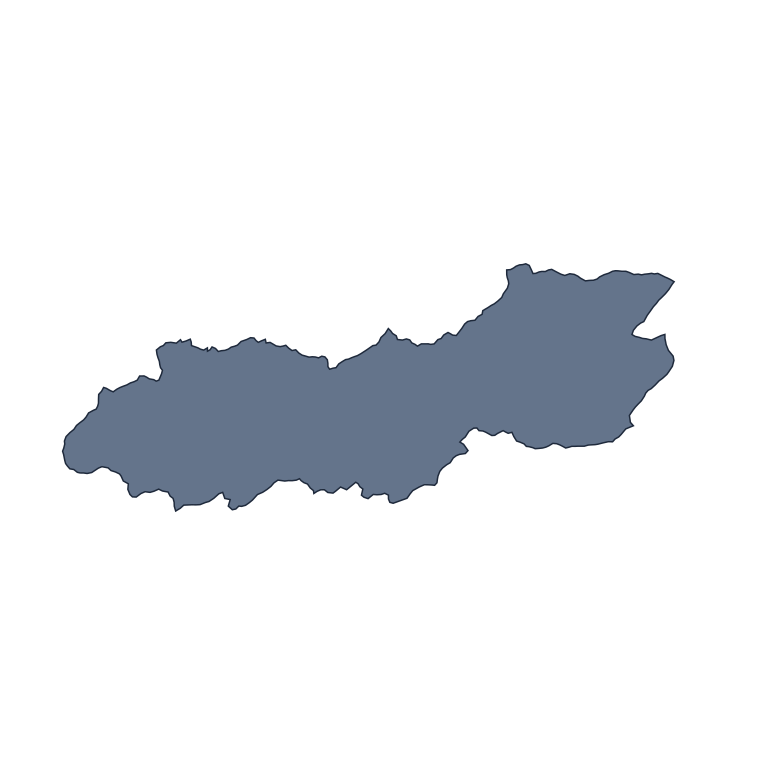 outline of Agudos, São Paulo, Brazil, rotated 36°
{"feature_id": "56859067B30413823559578", "entity_name": "Agudos", "entity_type": "district", "adm_level": 2, "iso_a3": "BRA", "parent_name": "Brazil", "parent_adm1": "São Paulo", "projection": "equal_earth", "projection_center": [-49.116, -22.562], "detail": "fine", "context": "isolated", "style": "filled", "palette": "slate", "viewbox_px": 768, "rotation_deg": 36, "n_neighbors": 0, "source": "geoboundaries", "source_scale": "gbopen_adm2", "svg_char_len": 5306}
<svg xmlns="http://www.w3.org/2000/svg" viewBox="0 0 768 768"><g transform="rotate(36 384 384)"><path d="M327.5,567.9L329.8,574.3L335.2,574.9L337.6,572.2L338.3,568.1L340.7,566.7L343.3,563.5L344.8,559.1L345.8,555.2L346.6,547.8L349.5,542.9L351.3,538.2L352.7,533.3L353.1,528.6L354.7,524.1L360.8,520.8L363.5,518.3L366.5,516.2L369.6,513.3L371.3,510.3L373.7,510.9L377.2,510.9L380.9,509.9L385.6,511.5L389.6,511.7L391.6,513.8L393.0,510.1L395.0,506.8L397.9,504.6L402.3,504.8L406.9,502.2L407.9,499.0L409.4,492.9L415.9,491.5L417.4,485.8L418.9,480.1L421.6,479.9L424.9,481.3L428.6,481.4L431.1,487.2L434.3,487.4L438.5,486.1L440.2,479.7L443.3,477.8L446.6,475.1L448.8,472.0L452.9,471.3L455.2,474.4L458.3,476.3L461.5,475.1L469.8,462.9L469.7,457.5L469.9,453.4L473.0,446.7L475.8,441.8L478.5,439.9L482.2,437.5L484.5,436.2L484.9,432.8L483.1,429.5L481.8,426.8L480.5,421.9L480.7,417.7L482.2,412.4L483.8,408.8L483.5,403.1L484.6,399.5L486.5,396.5L490.7,392.4L491.1,388.5L487.6,387.3L483.8,386.0L479.5,386.4L479.9,382.8L480.9,379.1L480.5,372.3L482.5,367.0L485.0,365.0L488.3,365.9L491.6,363.9L494.5,363.2L501.5,362.3L503.8,360.4L504.9,357.3L507.8,351.7L510.5,351.4L513.4,350.9L515.9,347.9L519.9,350.2L524.8,352.2L528.2,351.1L532.5,350.1L535.8,350.8L538.1,349.5L541.9,348.0L544.3,347.5L546.9,345.3L550.0,342.5L552.1,339.9L553.7,337.1L555.5,332.8L558.8,330.8L562.1,329.9L565.3,329.4L568.6,329.0L570.8,326.4L572.6,324.0L575.0,322.3L577.1,320.6L582.6,316.6L585.1,313.4L587.2,311.6L590.4,309.0L592.4,307.0L595.8,302.9L599.4,298.8L602.9,296.4L603.3,292.6L605.0,288.9L605.5,285.5L606.0,278.2L608.2,274.6L610.3,271.2L605.9,270.2L601.0,265.2L600.8,258.6L600.9,254.9L601.4,250.9L602.1,246.4L601.8,240.8L601.1,237.6L601.4,233.9L602.9,230.7L604.0,225.3L604.7,219.8L606.0,215.7L607.2,210.0L607.2,206.8L606.9,200.2L604.7,194.5L601.5,191.5L594.3,189.6L589.1,186.3L587.1,184.4L584.6,182.1L582.1,178.8L579.7,182.0L574.5,191.3L569.6,193.3L566.3,195.2L563.4,196.1L559.1,197.9L555.5,198.2L554.2,193.9L554.5,188.3L555.8,183.9L557.5,180.8L557.1,177.6L556.6,173.8L556.6,168.0L556.5,163.2L557.0,158.7L557.0,154.8L557.7,151.1L558.6,145.5L558.9,140.0L558.5,134.1L558.6,130.7L554.3,131.1L550.9,131.7L548.4,132.3L544.7,132.9L540.5,133.6L538.0,136.1L535.4,137.2L533.1,139.5L530.3,142.0L528.2,144.3L525.2,145.6L521.8,148.6L516.9,149.6L513.5,150.6L510.0,153.1L507.0,154.8L504.7,156.3L502.6,158.5L500.6,162.4L497.8,166.2L495.5,170.6L494.7,173.8L492.5,176.9L489.1,179.6L486.3,182.2L483.1,182.6L480.6,182.9L477.5,182.8L473.5,183.5L469.5,185.6L466.5,189.9L462.5,191.2L457.4,192.0L452.3,192.7L450.1,195.0L448.4,198.2L445.5,200.2L443.6,202.2L441.8,205.2L439.6,207.1L436.4,205.2L431.8,202.7L428.1,203.4L426.0,205.9L423.6,208.0L421.6,211.1L420.6,214.1L419.1,217.1L416.2,219.6L419.1,223.5L421.2,225.5L423.9,227.4L426.0,229.6L427.5,234.0L427.5,240.7L428.4,244.8L427.3,250.2L426.1,254.3L424.6,257.3L423.1,261.3L420.8,266.5L422.4,270.0L420.4,274.0L420.1,279.0L417.1,281.7L414.9,284.4L414.0,288.1L414.3,293.3L414.0,302.2L410.8,304.1L408.2,304.3L405.5,304.7L403.5,309.3L403.5,313.6L401.5,316.4L401.0,322.1L398.5,324.5L396.2,325.5L393.9,327.2L390.6,329.6L388.8,333.7L385.8,333.7L382.3,334.4L378.9,333.2L375.6,334.4L373.1,337.6L368.7,340.1L365.6,337.8L361.2,338.1L358.2,337.1L354.9,336.6L355.3,342.6L354.2,348.2L355.2,352.9L354.7,357.2L352.4,359.5L351.3,362.7L349.8,367.0L347.5,373.0L345.8,376.7L344.1,379.1L342.4,381.7L340.6,384.8L338.6,386.8L337.1,390.3L335.6,394.3L335.6,399.0L333.5,401.1L331.3,404.0L328.4,402.9L326.4,400.2L323.9,397.7L320.3,396.8L317.3,398.1L315.7,401.3L312.6,402.5L310.0,404.1L307.6,406.3L304.2,407.5L300.7,408.8L296.8,409.0L292.5,408.2L289.9,411.0L285.7,411.0L281.8,410.4L280.0,412.7L278.0,414.8L274.4,416.6L270.2,417.0L267.4,417.3L264.5,420.1L261.7,417.6L259.5,421.1L257.8,424.2L255.0,424.1L251.8,423.2L248.8,425.0L246.8,428.7L243.4,433.6L242.6,438.7L240.9,441.3L238.7,444.0L237.6,447.2L235.6,450.2L232.8,452.7L230.8,455.1L226.8,454.3L223.1,455.1L223.2,458.5L221.9,461.2L219.9,458.6L218.2,462.5L215.1,463.7L212.2,464.1L209.2,465.0L205.7,466.1L203.4,463.4L200.9,461.6L198.6,465.5L196.0,468.9L193.3,467.8L192.0,473.0L187.0,475.6L183.3,478.9L182.9,482.6L181.2,485.3L179.9,490.3L182.9,493.4L185.6,495.5L188.9,497.7L191.3,500.2L193.7,502.2L196.7,503.1L198.0,506.4L199.6,513.2L198.0,515.6L195.2,515.8L191.1,517.8L187.9,518.0L185.2,518.5L181.6,521.2L182.1,525.9L180.5,529.0L178.2,532.2L176.5,535.9L174.2,539.3L172.4,542.2L170.9,545.3L169.5,549.5L166.6,550.2L161.9,550.7L159.2,551.6L159.8,555.9L159.3,560.1L161.6,563.6L164.3,567.4L165.4,570.3L165.9,573.5L164.4,576.0L162.0,581.0L162.4,585.9L162.1,589.6L160.8,593.8L159.6,598.3L159.8,603.0L158.5,607.9L157.7,613.4L159.0,618.0L161.0,620.2L162.6,624.1L163.5,627.3L166.3,629.4L170.7,633.5L173.2,635.5L176.0,636.4L179.7,637.3L183.3,635.5L187.8,635.7L190.4,634.6L193.2,632.6L196.4,630.9L199.6,627.4L202.4,619.9L204.4,616.7L210.1,614.0L214.0,614.5L218.5,613.0L222.9,612.2L225.4,613.0L230.1,615.7L235.8,615.0L238.7,619.8L243.4,622.7L246.8,623.2L250.0,621.1L251.7,615.6L254.0,611.6L258.4,609.2L260.9,606.0L263.5,601.5L267.6,600.8L270.0,599.7L272.8,598.3L276.9,600.4L280.6,600.5L283.7,603.0L286.2,606.2L290.1,609.2L292.2,604.4L293.2,599.7L299.6,594.6L302.9,592.3L306.1,589.7L309.2,584.8L311.5,581.9L313.5,576.5L314.9,569.9L317.2,566.5L322.5,570.2L327.5,567.9Z" fill="#64748b" stroke="#1e293b" stroke-width="1.5"/></g></svg>